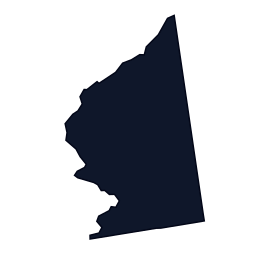 outline of Custer, Colorado, United States of America, rotated 81°
{"feature_id": "52423323B47338290573019", "entity_name": "Custer", "entity_type": "district", "adm_level": 2, "iso_a3": "USA", "parent_name": "United States of America", "parent_adm1": "Colorado", "projection": "robinson", "projection_center": [-105.354, 38.078], "detail": "fine", "context": "isolated", "style": "filled", "palette": "ink", "viewbox_px": 256, "rotation_deg": 81, "n_neighbors": 0, "source": "geoboundaries", "source_scale": "gbopen_adm2", "svg_char_len": 724}
<svg xmlns="http://www.w3.org/2000/svg" viewBox="0 0 256 256"><g transform="rotate(81 128 128)"><path d="M231.7,67.2L224.7,67.2L24.0,64.8L25.9,71.8L40.7,83.5L50.7,97.2L58.3,100.5L57.4,104.9L61.2,114.0L63.1,123.1L71.1,131.5L79.4,149.7L77.4,151.3L83.7,162.6L83.1,165.3L89.6,170.5L97.1,169.4L103.3,174.8L105.8,180.3L113.9,189.4L123.0,188.9L130.4,191.2L140.6,182.6L148.9,179.7L157.3,174.9L160.2,177.1L162.8,184.9L166.4,188.2L169.3,185.4L176.4,170.4L179.2,166.8L185.6,164.2L186.0,160.7L190.7,156.8L191.4,151.7L198.6,147.9L204.4,152.4L203.1,156.9L206.7,159.5L210.5,170.7L215.3,173.4L222.1,169.3L227.2,173.1L228.0,182.3L231.7,182.8L231.4,115.8L232.0,111.1L231.7,67.2Z" fill="#0f172a" stroke="#020617" stroke-width="1.5"/></g></svg>